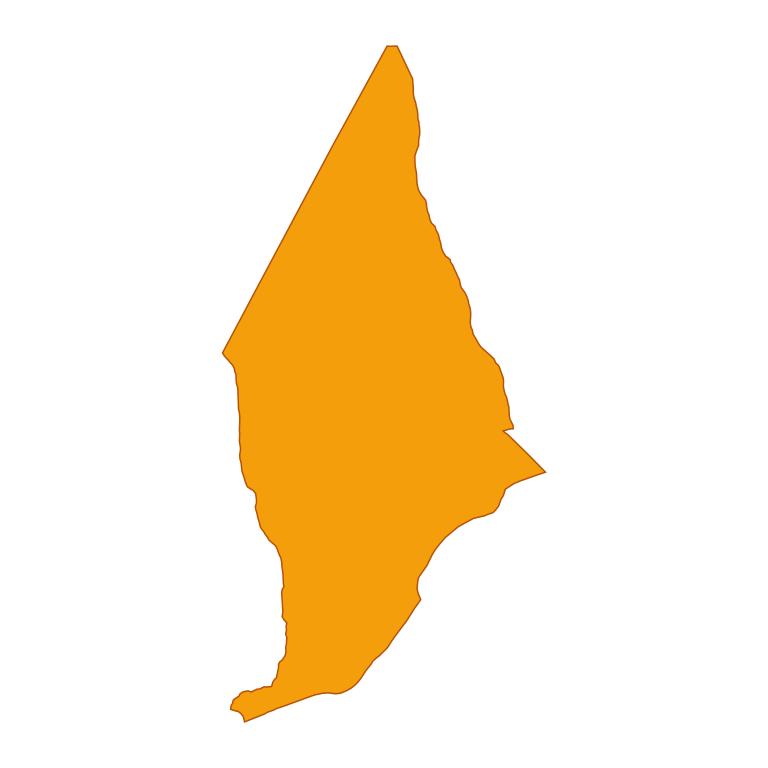 Batayporã, Mato Grosso do Sul, Brazil
{"feature_id": "56859067B36337009194969", "entity_name": "Batayporã", "entity_type": "district", "adm_level": 2, "iso_a3": "BRA", "parent_name": "Brazil", "parent_adm1": "Mato Grosso do Sul", "projection": "mercator", "projection_center": [-53.175, -22.37], "detail": "fine", "context": "isolated", "style": "filled", "palette": "amber", "viewbox_px": 768, "rotation_deg": 0, "n_neighbors": 0, "source": "geoboundaries", "source_scale": "gbopen_adm2", "svg_char_len": 3757}
<svg xmlns="http://www.w3.org/2000/svg" viewBox="0 0 768 768"><path d="M545.5,472.2L534.3,460.8L528.6,455.0L507.7,434.5L505.4,433.0L503.1,430.9L506.0,430.1L509.8,429.0L513.3,428.8L513.0,425.4L509.8,418.8L509.2,414.6L509.0,410.8L508.9,407.3L508.1,404.1L507.5,401.4L506.6,397.4L505.0,393.8L503.8,389.0L503.4,386.4L503.5,383.1L503.5,380.4L503.1,377.6L501.9,374.3L500.4,370.3L499.4,367.2L498.1,365.1L495.6,362.8L494.1,359.1L491.1,356.1L488.0,353.4L486.2,351.7L483.9,349.7L480.9,347.0L478.6,343.7L476.7,340.3L474.9,337.2L473.1,334.1L472.3,330.1L470.9,326.9L470.4,323.8L470.3,321.3L470.6,317.4L470.7,312.7L470.2,308.3L468.8,304.1L468.2,300.7L466.8,296.5L464.9,292.6L463.0,289.9L461.3,287.8L460.2,284.3L459.5,280.1L457.5,276.0L456.2,272.9L454.7,269.8L452.8,265.3L450.7,262.4L450.1,259.6L448.2,258.0L445.7,256.2L443.0,251.9L441.5,248.1L441.0,244.6L440.3,241.7L439.3,238.7L438.7,235.6L437.8,233.2L436.1,230.2L434.9,226.2L431.6,223.3L429.8,219.2L428.9,214.7L427.6,211.7L426.7,207.1L426.3,202.9L425.4,200.0L423.5,197.6L421.2,194.9L419.3,191.5L418.1,188.6L417.6,186.2L417.0,183.4L416.9,180.3L416.6,177.0L416.6,174.0L416.0,170.7L415.4,167.4L415.0,163.7L414.9,158.8L414.9,155.8L416.0,152.4L417.5,148.3L418.6,145.5L418.6,141.8L418.9,138.5L419.7,134.6L419.7,130.8L419.6,127.6L418.9,124.7L418.9,122.0L417.9,118.9L417.8,114.4L417.3,110.3L416.5,107.2L415.7,102.9L414.7,99.8L413.7,96.5L413.3,92.6L413.3,86.6L412.9,84.2L412.8,81.7L412.5,78.6L397.1,46.1L394.3,46.1L391.1,46.3L387.1,46.1L332.0,146.9L252.8,295.8L238.2,323.4L222.5,352.9L224.3,355.8L226.2,358.0L228.5,360.4L230.5,362.9L232.6,365.2L234.3,368.4L234.8,371.5L236.0,374.6L236.1,379.4L236.4,383.2L237.5,386.7L237.9,389.9L238.0,393.5L238.1,396.6L238.2,399.8L238.4,404.6L238.5,409.0L239.4,412.8L239.8,417.5L239.7,422.3L239.4,429.8L239.7,434.4L239.5,438.3L239.4,441.5L240.1,445.3L240.5,448.2L240.3,451.3L239.7,455.0L240.0,459.1L241.1,462.8L241.6,468.0L242.0,471.3L242.8,473.6L244.3,478.0L245.5,482.5L247.3,486.7L250.6,489.0L253.2,490.4L255.6,493.5L256.2,497.5L256.5,500.8L256.4,503.3L255.3,506.8L255.8,509.6L256.9,513.1L257.8,517.6L259.1,521.6L260.2,526.4L261.7,529.2L263.4,531.1L265.1,534.2L267.7,537.6L268.8,539.9L271.4,542.2L275.5,545.7L277.1,548.7L278.2,551.9L279.2,554.6L280.9,558.1L281.8,562.9L281.9,566.4L282.8,572.3L283.0,574.9L283.2,578.7L283.4,583.7L284.0,586.7L282.4,589.0L281.8,591.5L281.7,594.6L282.0,597.2L282.1,600.0L282.4,603.6L282.5,607.5L282.9,610.7L282.6,613.8L282.1,616.7L284.2,620.1L286.8,622.8L286.1,626.3L286.5,630.5L285.6,633.9L286.9,637.8L286.6,640.6L286.4,644.0L285.7,647.5L286.0,651.1L285.2,655.4L283.5,658.2L281.9,660.2L279.7,662.0L278.5,664.3L278.6,667.2L277.6,671.9L276.5,677.6L274.0,680.1L272.7,682.5L271.6,686.5L266.6,687.0L264.1,686.8L262.0,687.8L259.8,689.0L256.9,689.2L253.7,690.8L251.1,692.0L248.3,690.9L244.6,691.4L242.3,692.3L240.2,693.7L238.8,696.3L235.5,698.3L233.2,700.2L232.6,703.2L231.2,705.4L230.6,709.3L235.1,710.8L238.0,711.4L240.8,713.4L243.1,716.3L244.6,721.9L264.8,713.9L266.8,712.5L273.7,710.1L275.7,708.9L285.8,705.4L311.1,696.2L314.9,694.9L322.4,693.3L327.5,692.9L331.3,693.2L334.1,693.7L336.5,693.7L340.7,693.2L346.8,690.6L351.2,688.1L354.8,685.2L357.6,682.4L361.1,678.1L363.6,674.1L366.1,670.3L371.0,664.3L372.9,661.1L376.6,657.7L378.5,656.5L380.9,654.2L387.5,647.6L391.3,641.6L394.3,637.3L403.1,625.4L405.7,622.2L408.6,617.8L414.3,608.7L420.7,599.7L418.1,593.2L417.1,589.1L417.3,585.3L418.1,579.2L419.0,576.8L426.9,565.6L432.3,554.5L434.1,551.4L436.2,548.4L439.8,543.9L442.5,540.7L445.3,537.5L458.4,526.6L461.5,524.9L464.4,523.3L473.4,518.4L484.9,515.7L487.9,514.3L492.9,512.7L495.1,510.6L498.6,506.1L499.8,502.8L501.0,499.3L503.3,495.7L505.4,489.1L513.6,483.8L520.3,480.9L537.6,474.8L539.8,474.1L545.5,472.2Z" fill="#f59e0b" stroke="#b45309" stroke-width="1.5"/></svg>